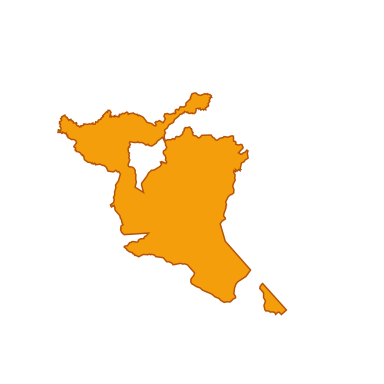 Mineiros, Goiás, Brazil (Mercator projection), rotated 310°
{"feature_id": "56859067B49749274510868", "entity_name": "Mineiros", "entity_type": "district", "adm_level": 2, "iso_a3": "BRA", "parent_name": "Brazil", "parent_adm1": "Goiás", "projection": "mercator", "projection_center": [-52.699, -17.707], "detail": "fine", "context": "isolated", "style": "filled", "palette": "amber", "viewbox_px": 384, "rotation_deg": 310, "n_neighbors": 0, "source": "geoboundaries", "source_scale": "gbopen_adm2", "svg_char_len": 6050}
<svg xmlns="http://www.w3.org/2000/svg" viewBox="0 0 384 384"><g transform="rotate(310 192 192)"><path d="M169.9,287.0L175.6,249.2L185.7,234.1L188.8,233.7L192.9,234.9L193.5,234.1L193.9,231.8L195.4,230.6L201.9,228.1L202.8,227.1L204.2,226.9L206.0,224.2L211.6,222.8L214.4,223.1L215.7,224.0L218.2,224.5L220.9,222.4L222.6,219.5L224.6,218.5L229.0,217.4L229.8,216.1L232.8,214.0L233.9,211.2L235.4,210.3L235.5,212.4L236.6,212.3L237.2,211.3L237.2,213.1L239.2,213.3L239.2,215.0L239.7,214.6L240.6,214.9L240.5,214.1L246.1,211.2L248.4,212.4L250.5,212.1L254.0,213.2L257.3,209.4L259.5,208.4L259.4,207.1L256.7,207.1L254.6,206.0L253.1,205.9L252.0,204.7L252.3,204.0L251.9,202.4L258.6,202.8L259.2,202.1L260.3,199.8L260.1,199.0L257.8,197.4L256.7,194.9L258.3,193.7L258.6,192.9L257.7,191.2L261.3,187.9L261.3,187.4L260.0,185.9L257.2,184.4L255.0,180.9L253.6,180.8L251.1,178.8L247.8,178.0L247.2,176.7L247.6,173.9L247.2,172.6L247.9,170.0L241.8,163.1L238.6,162.9L237.5,162.0L237.6,159.3L236.3,156.8L236.8,155.0L238.3,154.6L238.3,153.4L240.1,150.9L239.7,150.4L240.3,148.4L238.0,146.9L237.0,145.4L235.0,145.6L234.2,146.5L232.5,146.5L230.0,147.5L226.6,146.9L225.3,145.9L224.9,144.7L224.0,144.2L221.1,144.8L220.4,142.8L218.4,142.3L216.6,139.8L214.0,138.7L215.8,135.8L218.3,133.9L220.3,133.7L220.7,132.3L222.1,131.1L225.0,131.9L228.7,131.1L233.3,133.0L236.3,132.0L241.1,133.0L243.6,132.9L245.8,134.4L247.2,134.4L247.4,135.0L248.9,134.5L249.8,137.5L250.4,137.4L250.2,139.3L252.6,141.3L252.3,141.8L253.8,143.5L255.9,143.4L258.3,141.7L259.2,142.1L260.4,143.6L260.1,143.9L261.3,144.2L260.4,145.9L262.3,147.0L262.9,147.9L262.6,148.2L263.2,148.3L263.9,149.7L265.0,148.3L266.5,148.9L267.3,148.5L267.9,149.3L269.0,149.1L270.0,147.6L273.0,147.3L273.2,146.3L275.6,145.8L275.6,145.2L277.1,146.0L277.0,145.3L278.1,145.1L278.2,143.6L277.4,141.5L276.9,141.4L277.1,140.5L276.2,140.2L275.6,138.7L271.4,136.4L270.3,133.8L270.4,131.5L269.6,130.4L267.3,128.9L263.2,130.1L262.7,130.9L256.3,130.2L254.3,131.7L253.0,131.6L251.7,130.9L249.7,128.2L246.2,129.0L245.7,127.3L244.2,126.6L242.5,127.6L242.7,128.3L241.5,128.7L240.7,128.3L240.4,127.1L237.9,125.9L236.6,124.1L236.4,122.8L234.2,121.0L231.9,121.9L230.8,124.7L226.5,125.4L225.8,121.1L223.3,120.2L223.0,119.2L221.3,119.1L220.5,121.3L219.3,121.6L218.5,120.2L218.5,117.2L216.5,112.9L217.9,106.6L216.9,102.1L216.0,101.9L215.7,101.1L216.4,100.4L215.5,99.3L214.6,97.0L214.9,96.4L211.6,93.6L210.5,93.3L211.4,92.2L211.4,90.7L208.3,89.6L207.8,88.4L205.7,87.8L205.1,86.8L204.6,87.2L203.8,86.7L203.2,87.8L202.4,87.6L201.2,85.0L200.1,84.5L200.9,83.8L200.3,83.5L199.8,84.0L198.1,81.5L197.6,81.9L196.8,80.9L197.5,80.2L198.1,80.8L198.8,80.4L198.9,79.5L200.9,78.8L201.6,76.6L200.7,75.2L198.7,75.9L198.6,75.0L192.9,74.6L192.8,75.5L189.9,74.9L189.1,75.5L186.9,74.1L184.6,74.8L183.8,73.1L181.7,74.2L180.3,72.7L181.2,71.7L178.7,70.6L178.2,69.5L176.5,68.4L174.9,65.7L174.2,65.9L174.1,65.4L172.9,65.8L171.7,64.8L170.8,64.9L171.1,64.3L169.5,63.9L169.7,62.7L169.0,61.4L169.8,59.2L170.6,59.5L170.8,58.9L169.4,57.9L168.7,56.6L169.6,55.9L169.5,53.7L169.0,53.6L169.8,52.5L167.7,51.4L168.3,51.0L168.0,49.7L168.8,48.6L168.5,46.3L169.2,45.2L165.7,43.8L164.9,44.7L163.8,44.2L163.2,45.9L161.5,46.0L160.8,45.3L160.2,45.7L159.1,46.7L159.6,47.3L159.1,48.0L157.2,48.8L156.9,50.6L154.6,51.9L154.0,52.0L154.1,50.0L153.7,49.7L151.5,51.1L153.4,53.2L153.3,54.7L153.8,55.0L154.7,54.5L155.5,58.0L156.0,57.9L155.4,58.8L155.6,60.0L154.6,60.1L154.8,60.9L154.0,62.0L154.8,66.1L156.1,67.5L156.7,69.6L155.6,71.9L151.0,72.2L150.6,73.0L151.0,74.5L149.9,75.0L149.4,76.1L149.0,75.8L148.8,77.5L149.8,79.2L150.1,81.4L149.5,83.4L150.2,84.2L149.5,84.8L150.0,85.8L147.6,88.8L147.9,93.1L149.5,95.7L149.3,97.0L149.7,97.6L150.2,97.3L150.3,98.9L151.4,99.0L151.5,100.1L150.9,100.7L154.2,103.6L154.8,106.2L155.8,107.7L155.9,110.3L154.0,114.3L156.9,118.9L159.7,119.8L159.4,121.9L160.5,122.7L159.7,125.6L153.2,128.5L148.1,129.0L146.2,131.0L142.5,132.6L139.7,134.8L137.4,135.3L136.2,137.4L133.4,138.7L129.7,137.8L128.8,139.4L128.9,140.2L130.3,139.8L130.6,140.9L131.4,141.1L130.9,141.4L130.9,142.6L129.1,144.1L128.5,145.7L127.5,151.9L125.8,154.1L125.7,155.3L123.6,157.9L122.6,160.2L120.8,159.5L118.7,160.4L118.1,161.3L117.3,161.4L115.8,164.2L115.7,167.4L132.6,185.1L129.0,185.2L128.1,184.6L126.3,184.5L125.4,185.1L123.1,182.7L120.7,181.9L119.2,182.6L118.2,182.1L116.2,178.7L115.1,177.8L113.9,177.7L113.2,176.8L109.2,177.0L107.0,175.1L106.2,175.5L106.3,178.4L105.8,179.2L106.0,182.4L107.3,185.5L106.7,186.2L107.3,188.0L106.6,188.9L107.4,189.7L108.1,192.8L112.8,194.8L115.6,198.5L117.1,199.4L117.3,200.6L118.3,201.1L119.6,203.9L119.2,205.8L123.2,212.2L122.3,217.4L123.7,219.1L124.6,222.2L124.1,224.3L130.0,229.1L130.9,231.3L132.3,232.6L133.3,235.3L131.7,245.9L129.7,246.9L124.5,247.2L122.1,249.2L121.6,251.0L122.5,256.6L123.7,259.8L123.6,263.3L126.5,272.6L126.5,277.1L127.8,281.0L127.5,284.0L128.1,287.5L130.6,289.6L132.4,292.0L136.4,292.3L138.8,293.4L139.9,292.6L140.9,289.5L146.2,286.1L150.0,284.8L152.8,284.8L161.9,287.6L169.9,287.0ZM186.1,114.6L188.6,114.4L189.4,112.5L190.6,112.1L192.9,116.1L194.7,118.1L195.8,118.2L195.8,119.8L197.8,121.9L198.4,124.9L198.2,126.2L199.0,127.2L200.3,127.5L200.0,129.2L201.4,131.7L206.5,133.2L208.7,132.8L215.0,134.3L212.4,140.1L211.0,141.6L210.0,143.9L207.5,144.6L205.1,143.8L203.4,144.9L202.6,146.9L202.7,147.9L201.4,150.0L199.5,151.0L198.7,153.4L197.1,153.7L196.6,151.4L196.0,151.2L196.2,150.6L195.4,150.4L195.9,149.3L194.7,148.5L193.4,150.9L191.5,151.2L185.2,149.1L183.7,148.3L182.7,147.0L178.5,146.5L174.8,147.3L166.3,147.8L164.9,148.9L160.5,155.2L159.1,145.3L163.8,143.0L165.7,140.6L169.4,137.7L170.0,136.1L172.0,134.7L172.9,132.2L172.7,130.3L170.8,127.3L171.6,125.6L176.5,123.8L177.7,121.5L179.0,121.0L180.3,119.5L181.6,119.1L181.7,117.6L184.3,115.0L186.2,115.3L186.1,114.6ZM162.3,340.2L167.3,304.9L166.2,304.7L163.5,304.9L161.7,305.9L160.8,311.6L157.1,314.7L155.7,318.4L151.3,320.1L148.7,323.4L148.3,324.9L150.0,326.9L150.3,329.1L151.8,330.6L152.9,332.7L152.0,334.8L154.9,335.0L155.9,336.0L155.6,339.2L162.3,340.2Z" fill="#f59e0b" stroke="#b45309" stroke-width="1.5"/></g></svg>